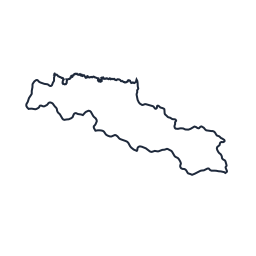 San Felipe de Puerto Plata, Puerto Plata, Dominican Republic, rotated 332°
{"feature_id": "3306468B57439307714728", "entity_name": "San Felipe de Puerto Plata", "entity_type": "district", "adm_level": 2, "iso_a3": "DOM", "parent_name": "Dominican Republic", "parent_adm1": "Puerto Plata", "projection": "robinson", "projection_center": [-70.701, 19.686], "detail": "fine", "context": "isolated", "style": "outline", "palette": "slate", "viewbox_px": 256, "rotation_deg": 332, "n_neighbors": 0, "source": "geoboundaries", "source_scale": "gbopen_adm2", "svg_char_len": 5546}
<svg xmlns="http://www.w3.org/2000/svg" viewBox="0 0 256 256"><g transform="rotate(332 128 128)"><path d="M205.2,185.1L206.3,185.2L207.0,185.0L207.3,184.6L207.4,183.7L206.3,181.7L205.4,180.5L204.7,178.3L203.0,176.4L202.8,175.5L202.7,173.1L202.4,171.8L201.4,170.5L200.1,169.8L196.0,166.8L195.5,165.7L195.0,163.3L193.7,161.2L193.3,161.0L192.5,160.9L190.7,161.5L190.0,161.3L189.3,160.6L188.4,158.9L187.3,157.9L182.8,158.1L180.6,157.8L177.9,156.2L176.5,154.3L174.9,153.3L173.9,152.8L171.7,152.2L169.7,150.9L169.4,149.8L169.8,148.3L170.3,147.7L171.4,146.7L172.3,145.0L173.9,144.2L174.0,143.4L173.9,142.9L173.4,142.3L171.8,141.3L171.2,140.8L170.1,138.8L168.7,137.5L168.3,136.9L167.8,135.2L167.3,133.9L167.1,133.0L167.3,132.1L168.8,128.8L168.9,128.3L168.6,127.6L167.7,126.5L166.2,125.1L165.5,123.1L164.9,122.3L164.4,122.2L164.0,122.3L162.9,123.8L162.5,124.0L161.8,124.1L161.3,123.9L161.0,123.5L160.6,121.1L160.2,120.4L155.0,115.4L154.2,114.9L152.0,114.6L151.3,114.3L150.0,112.2L149.6,110.5L149.7,107.7L151.2,102.7L151.8,101.8L152.9,100.8L153.8,99.0L155.2,98.3L155.6,97.9L156.2,95.7L157.6,92.8L158.3,90.8L158.3,89.2L158.1,89.4L158.1,89.8L157.9,89.8L157.7,90.2L157.3,90.3L157.3,90.6L157.3,90.9L154.8,91.3L154.3,90.6L153.8,90.6L153.6,90.1L152.7,90.0L152.7,89.8L152.4,89.8L152.3,89.6L152.0,89.6L151.9,88.9L151.8,87.8L152.0,87.2L151.2,86.2L150.8,86.0L150.2,86.0L149.7,86.8L148.3,86.8L148.3,86.6L146.8,86.5L146.6,86.0L146.4,86.0L146.2,85.6L145.8,85.4L145.7,84.9L145.0,84.2L144.9,83.8L144.5,83.8L143.8,83.3L143.7,82.1L142.9,80.9L142.7,80.9L142.2,80.4L141.8,80.1L141.3,80.1L140.5,80.0L140.3,80.3L139.9,80.1L139.1,79.2L139.1,78.4L138.8,78.0L137.7,77.9L137.3,77.3L136.4,77.1L136.1,76.5L135.4,76.7L135.2,76.3L135.2,75.9L134.6,75.8L134.6,75.6L133.9,75.8L133.7,75.5L132.8,74.8L132.8,74.4L132.3,74.3L132.1,73.9L131.2,74.0L130.8,73.6L130.6,73.6L130.6,73.4L129.8,73.1L129.8,72.8L129.7,72.8L129.8,72.0L129.6,71.9L129.6,71.6L128.8,71.6L128.5,71.2L127.9,71.2L127.8,71.5L127.9,72.2L126.7,72.7L127.3,73.4L126.9,74.0L126.7,74.0L126.6,74.3L126.2,74.3L126.2,73.6L126.3,73.6L126.5,72.8L126.1,72.6L125.8,72.6L125.8,74.2L125.3,74.2L124.7,73.5L124.1,73.2L123.9,72.8L123.9,72.4L123.9,71.6L124.4,71.1L125.1,71.1L125.3,70.4L124.8,69.9L124.4,69.8L123.1,68.2L122.6,67.9L122.5,67.4L121.8,66.5L120.5,66.6L120.0,66.2L120.0,65.9L119.3,65.8L119.1,65.5L117.7,65.3L117.5,64.9L116.8,64.6L116.7,64.3L116.8,63.5L116.5,63.1L116.2,63.1L115.9,63.5L115.7,64.1L115.0,64.1L114.8,63.8L114.2,63.7L114.2,62.5L114.0,62.2L114.1,61.0L113.8,60.6L112.2,60.8L111.8,60.4L111.8,60.1L111.9,59.8L112.2,59.8L112.3,59.3L111.9,58.9L111.2,58.9L110.8,59.2L110.6,58.9L110.8,57.8L110.2,57.7L110.0,58.1L109.2,57.8L108.7,57.3L108.7,57.0L108.4,56.1L107.7,56.1L107.7,55.8L107.2,55.4L106.8,55.4L106.5,55.2L105.8,55.2L105.6,55.6L104.7,55.6L104.3,56.1L104.1,56.1L103.8,55.6L102.6,55.4L102.5,56.2L102.3,56.2L102.3,56.4L101.8,56.1L101.3,56.2L101.3,56.5L101.1,56.8L100.1,56.9L99.7,57.3L99.3,57.3L98.7,56.9L97.3,56.8L97.2,56.5L96.6,56.2L96.5,57.4L96.2,57.6L95.7,58.1L95.6,58.6L94.8,59.6L94.0,59.7L93.7,60.1L92.5,59.7L91.7,58.6L91.4,58.6L91.3,57.7L91.7,57.3L91.7,57.0L91.9,56.9L91.9,56.6L92.6,55.8L93.2,55.6L93.5,55.0L93.7,54.6L93.9,54.6L93.7,54.3L94.0,53.9L94.0,53.5L93.4,52.8L93.0,52.7L93.0,52.4L92.2,51.6L92.2,51.3L91.6,50.9L91.2,50.0L90.7,49.7L90.6,49.2L90.5,48.4L90.3,48.1L90.1,47.4L88.9,46.8L88.8,45.5L88.6,45.5L88.4,45.9L87.9,46.3L88.6,46.7L86.4,48.7L85.2,51.0L84.7,51.7L83.0,52.7L81.1,54.4L80.3,54.7L79.8,54.7L79.2,54.5L78.6,53.9L77.8,52.1L77.3,51.5L74.9,49.8L72.1,46.8L71.2,45.5L70.7,43.6L70.4,43.1L70.0,42.8L69.2,42.6L67.2,42.9L64.7,44.2L64.1,44.8L62.8,47.1L60.4,50.1L59.3,52.2L58.8,52.8L54.6,55.1L51.7,57.9L49.7,59.1L49.0,59.9L48.6,60.8L48.6,62.4L49.2,64.5L50.0,64.7L52.2,65.8L54.9,67.9L56.1,68.2L58.0,68.2L59.1,68.0L60.2,67.2L60.9,67.0L61.8,67.4L63.3,69.1L64.4,69.6L67.3,69.6L68.2,69.3L69.4,68.7L70.4,68.6L71.3,68.9L72.4,70.0L73.0,71.1L73.5,74.6L74.1,76.5L74.1,77.7L73.5,79.5L73.4,80.8L73.5,81.7L74.3,83.9L74.5,89.1L74.8,90.0L75.6,90.9L78.0,91.7L79.8,92.5L82.4,92.7L84.2,92.4L86.6,90.4L87.4,90.1L88.2,90.1L89.0,90.4L90.4,92.2L93.0,94.1L94.2,95.4L97.4,94.2L98.6,94.0L101.2,94.2L102.3,95.1L102.8,96.3L102.9,101.1L103.1,102.1L104.0,104.4L104.0,106.4L103.5,107.5L101.0,109.5L100.2,109.9L98.7,110.4L98.2,111.0L97.9,112.2L98.0,115.1L100.3,115.9L102.8,117.3L104.2,118.5L104.8,119.3L105.1,120.2L105.4,123.1L105.7,124.0L106.7,125.5L108.1,127.0L109.4,127.7L112.9,128.0L113.8,128.5L114.8,130.4L115.3,132.9L115.7,133.8L116.7,135.0L120.0,138.6L120.9,139.9L121.3,141.5L121.3,145.1L121.6,146.7L122.9,149.7L125.0,152.3L125.9,151.8L126.7,150.5L127.6,149.8L128.7,149.6L129.9,149.8L131.4,151.0L134.2,154.3L136.3,158.9L137.3,160.0L138.0,160.3L140.9,160.8L143.1,162.5L143.9,162.9L148.0,163.4L150.1,164.3L152.6,164.7L153.2,165.2L155.6,168.7L155.8,170.1L155.9,173.6L156.0,174.9L156.4,175.8L157.9,177.9L158.3,179.5L158.4,182.0L158.2,183.6L157.9,184.4L156.7,185.4L156.1,186.3L155.9,187.2L156.0,188.4L156.8,189.6L158.4,190.6L159.1,191.5L159.5,192.7L159.6,195.4L159.8,196.3L161.6,198.1L162.6,199.4L165.2,199.7L171.8,199.8L173.0,200.1L175.1,201.0L178.8,201.1L179.7,201.3L180.3,201.8L180.8,203.7L181.6,204.8L185.6,207.0L187.8,208.8L189.6,209.9L192.3,212.2L192.8,213.4L194.4,213.2L194.9,212.9L195.2,212.4L195.4,209.9L195.6,208.7L195.9,208.3L197.2,207.7L197.5,207.3L198.4,203.2L198.3,202.1L197.2,200.4L196.9,199.5L196.9,198.6L197.5,197.1L197.6,195.9L197.5,194.6L196.8,193.1L196.5,191.7L196.5,189.3L196.8,187.9L197.3,187.2L197.9,186.7L200.8,186.1L202.1,184.6L202.8,184.2L203.9,184.2L205.2,185.1Z" fill="none" stroke="#1e293b" stroke-width="2"/></g></svg>